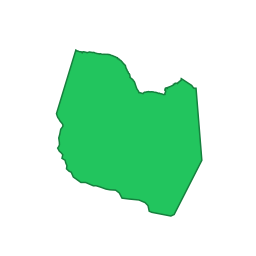 Imul, Aimeliik, Palau (Robinson projection), rotated 125°
{"feature_id": "81905179B52447266125366", "entity_name": "Imul", "entity_type": "district", "adm_level": 2, "iso_a3": "PLW", "parent_name": "Palau", "parent_adm1": "Aimeliik", "projection": "robinson", "projection_center": [134.509, 7.414], "detail": "fine", "context": "isolated", "style": "filled", "palette": "green", "viewbox_px": 256, "rotation_deg": 125, "n_neighbors": 0, "source": "geoboundaries", "source_scale": "gbopen_adm2", "svg_char_len": 2703}
<svg xmlns="http://www.w3.org/2000/svg" viewBox="0 0 256 256"><g transform="rotate(125 128 128)"><path d="M57.0,112.7L57.5,112.5L58.0,112.2L58.3,111.8L59.3,112.2L59.5,112.1L60.1,112.5L60.5,112.7L61.1,112.7L61.5,112.6L61.8,112.9L62.1,112.8L62.6,113.2L63.2,113.0L63.5,114.0L63.9,114.4L64.1,114.8L64.5,114.8L64.7,115.2L65.2,115.1L66.1,115.8L66.4,115.4L67.3,115.7L69.7,117.1L72.0,118.7L72.5,118.8L73.0,118.4L73.1,118.6L72.9,118.9L72.9,119.4L73.2,119.7L73.9,120.2L74.5,120.1L75.0,119.4L75.6,119.7L75.9,119.5L76.1,119.1L76.0,118.6L76.1,118.3L76.9,117.9L77.8,117.8L78.6,117.6L79.3,117.0L80.3,118.1L80.6,119.6L81.5,121.7L81.6,122.5L82.0,122.7L82.2,122.9L82.2,123.4L82.6,124.9L82.8,125.6L83.1,126.0L83.6,126.8L83.9,127.9L84.5,129.0L85.3,130.2L85.8,130.5L86.3,132.0L86.7,132.2L86.9,132.6L87.7,133.2L87.9,133.7L88.3,133.8L88.6,134.0L88.9,134.7L89.7,135.2L90.7,135.4L91.2,135.4L91.9,137.4L92.3,138.5L92.8,139.4L92.2,139.9L91.8,140.8L90.9,143.1L89.9,144.6L88.3,146.8L87.2,148.2L87.0,148.6L86.6,149.1L86.2,150.1L86.2,150.8L85.7,151.5L85.7,152.5L85.5,152.8L85.5,154.1L85.4,155.5L84.5,155.9L84.0,156.7L83.5,157.0L82.8,158.2L82.9,158.7L82.7,159.4L82.2,159.8L82.0,160.3L81.8,160.5L81.8,160.9L81.5,161.6L81.0,162.1L81.0,162.5L80.6,162.8L80.4,163.3L80.3,163.8L79.7,164.3L79.6,164.8L79.0,165.2L78.4,165.9L78.1,166.7L78.2,167.2L77.9,167.8L78.0,168.3L77.7,168.9L77.6,169.8L77.2,170.7L77.3,171.4L76.9,172.1L76.9,173.8L77.1,174.2L76.7,174.6L76.9,175.7L77.1,176.3L76.7,176.4L76.5,177.0L76.9,177.9L76.9,179.0L77.1,179.4L77.1,180.0L77.5,180.7L77.5,181.9L78.1,183.3L78.4,185.2L78.9,185.8L79.0,186.4L81.5,190.1L82.4,191.3L83.0,193.0L83.1,193.4L83.5,193.8L83.9,193.9L84.1,194.8L84.9,196.3L85.0,196.9L85.4,197.8L85.6,199.1L86.1,200.0L86.5,200.2L86.7,200.7L87.3,202.1L87.6,202.4L87.7,203.0L88.4,203.6L89.1,204.2L89.8,204.7L90.1,206.1L90.5,206.7L90.8,207.7L91.3,208.5L91.5,208.7L92.0,208.6L92.3,208.9L92.7,208.8L92.6,209.3L92.5,209.7L92.4,210.0L92.7,210.6L93.1,211.0L93.4,211.6L93.5,212.5L93.7,212.9L93.7,213.4L93.9,213.7L94.2,213.8L94.4,214.5L94.1,214.6L94.1,215.4L129.1,204.0L157.3,194.8L158.8,192.8L159.7,191.4L160.2,189.9L161.3,187.6L162.0,184.8L162.6,183.3L164.0,182.3L166.0,182.3L167.1,182.4L168.0,182.2L172.2,180.3L175.9,179.0L179.0,176.1L181.1,174.5L183.0,174.1L184.8,174.1L186.4,170.9L186.6,168.7L187.3,166.1L190.7,164.7L190.5,161.0L192.2,159.1L193.9,156.4L196.7,155.0L197.2,151.6L196.8,149.1L199.5,144.7L199.6,135.3L196.9,131.4L195.2,123.2L193.6,121.1L192.2,116.7L190.7,111.1L189.0,107.4L186.0,102.5L186.2,97.8L188.9,92.7L185.8,86.8L180.7,77.8L179.3,71.2L180.1,67.1L184.0,62.9L183.4,60.1L175.5,42.4L172.4,40.6L112.1,49.0L56.4,95.1L57.7,97.1L56.6,100.3L57.0,112.7Z" fill="#22c55e" stroke="#15803d" stroke-width="1.5"/></g></svg>